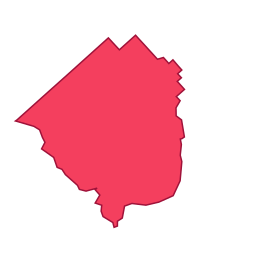 outline of Acadia, Louisiana, United States of America, rotated 318°
{"feature_id": "52423323B76935168618959", "entity_name": "Acadia", "entity_type": "district", "adm_level": 2, "iso_a3": "USA", "parent_name": "United States of America", "parent_adm1": "Louisiana", "projection": "mercator", "projection_center": [-92.42, 30.265], "detail": "fine", "context": "isolated", "style": "filled", "palette": "rose", "viewbox_px": 256, "rotation_deg": 318, "n_neighbors": 0, "source": "geoboundaries", "source_scale": "gbopen_adm2", "svg_char_len": 866}
<svg xmlns="http://www.w3.org/2000/svg" viewBox="0 0 256 256"><g transform="rotate(318 128 128)"><path d="M93.7,47.8L50.7,47.7L49.1,47.5L59.2,63.8L61.1,70.2L58.1,77.8L56.7,83.1L49.8,85.7L53.1,100.2L49.0,109.8L51.3,114.6L50.3,120.7L52.1,136.8L50.8,141.1L54.6,146.8L64.8,152.0L62.3,151.8L62.2,159.0L53.4,161.8L56.8,167.8L52.4,171.8L50.2,177.1L53.5,188.1L51.2,192.5L54.5,193.8L57.8,190.2L63.5,191.1L73.2,183.7L80.4,186.7L89.7,197.3L101.3,203.7L116.3,208.5L131.4,202.1L145.5,189.0L148.6,183.2L156.6,176.0L159.5,171.2L160.9,172.0L163.9,172.4L173.2,157.8L171.9,151.2L177.2,145.1L185.0,142.6L184.9,137.0L195.8,137.1L195.8,126.3L201.3,126.4L201.2,120.9L206.8,120.9L206.8,115.6L207.0,107.4L201.5,107.4L201.5,99.3L195.9,96.6L195.8,77.7L195.7,69.4L195.7,64.1L173.9,64.1L173.7,47.9L167.4,47.9L119.4,47.9L93.7,47.8Z" fill="#f43f5e" stroke="#9f1239" stroke-width="1.5"/></g></svg>